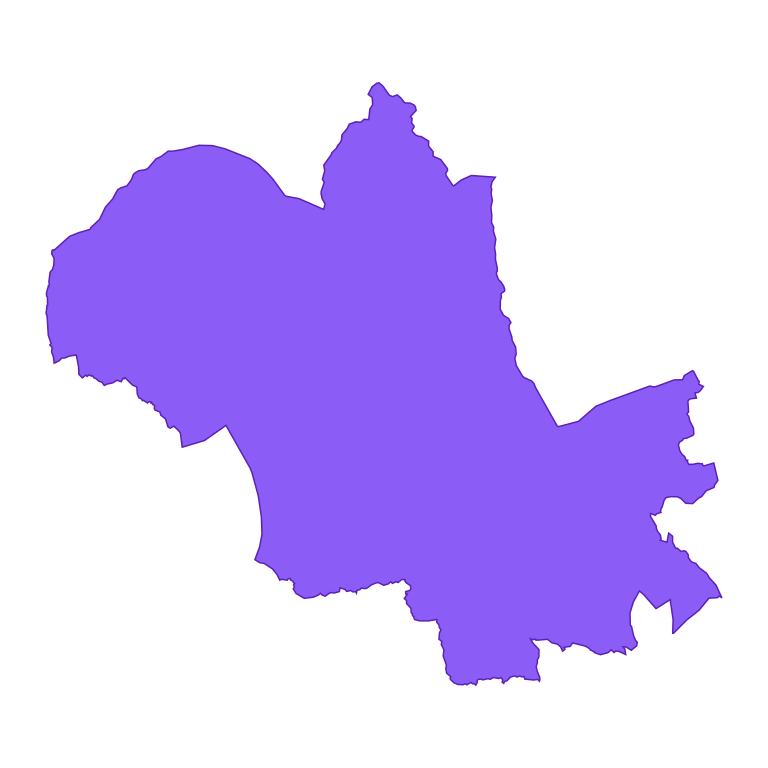 outline of Burera, Northern, Rwanda
{"feature_id": "39286606B41980105768775", "entity_name": "Burera", "entity_type": "district", "adm_level": 2, "iso_a3": "RWA", "parent_name": "Rwanda", "parent_adm1": "Northern", "projection": "albers", "projection_center": [29.857, -1.461], "detail": "fine", "context": "isolated", "style": "filled", "palette": "violet", "viewbox_px": 768, "rotation_deg": 0, "n_neighbors": 0, "source": "geoboundaries", "source_scale": "gbopen_adm2", "svg_char_len": 6074}
<svg xmlns="http://www.w3.org/2000/svg" viewBox="0 0 768 768"><path d="M615.8,651.0L618.9,651.4L625.7,654.5L624.8,649.0L623.1,646.8L626.2,647.0L631.3,650.3L636.7,645.8L637.3,642.3L635.7,640.5L633.6,635.8L631.5,626.3L630.3,625.1L630.0,613.0L633.4,601.8L639.4,591.0L643.7,594.6L656.0,608.6L670.2,599.6L673.1,619.7L672.7,633.3L673.4,633.4L686.5,620.2L699.1,610.2L709.0,598.1L717.3,597.7L719.6,596.0L721.9,598.0L716.0,585.1L709.4,577.9L706.6,573.3L699.2,567.7L696.0,563.5L691.3,561.8L688.4,557.6L688.2,554.8L686.0,551.5L684.3,550.8L681.1,551.4L677.4,548.3L675.5,548.0L672.6,542.2L672.6,536.2L668.7,533.1L667.0,542.2L660.3,540.3L661.1,539.0L660.4,535.0L657.5,531.3L656.2,527.7L656.3,526.2L650.4,516.1L650.7,513.5L655.3,515.3L656.5,513.9L661.0,512.4L660.5,511.6L661.1,508.6L662.1,507.2L664.2,500.1L666.2,497.5L671.3,496.6L677.4,496.8L680.8,498.4L685.8,503.3L692.7,503.6L698.4,498.2L701.7,496.5L706.1,490.8L714.0,487.4L714.7,484.8L717.9,480.4L713.8,463.0L703.9,465.9L702.9,465.4L702.3,463.8L697.5,463.3L693.3,464.3L688.6,464.3L687.2,461.2L687.7,460.3L686.1,460.1L684.6,456.5L682.2,454.5L679.8,450.7L678.4,444.8L679.6,442.1L682.5,440.3L683.3,438.7L686.8,438.1L692.9,435.3L693.9,433.9L693.4,428.1L689.8,420.8L688.7,416.3L687.1,414.4L687.2,413.3L688.6,412.0L687.9,401.6L688.5,400.0L690.5,398.8L696.5,398.1L694.9,392.9L698.1,392.5L700.3,390.7L703.4,386.5L698.8,384.2L699.2,381.2L698.6,381.1L693.7,371.5L692.5,370.6L684.4,375.5L682.5,379.8L674.2,379.9L656.0,386.6L653.4,386.9L649.9,386.0L610.7,400.3L595.9,406.3L578.4,421.4L558.2,426.7L557.1,425.8L535.7,387.9L534.1,383.8L531.7,381.0L524.2,377.6L522.4,376.0L516.3,365.5L514.8,358.4L516.2,354.0L515.6,347.0L512.2,340.6L511.8,336.9L509.1,329.0L509.1,325.3L510.9,322.6L508.6,318.6L503.4,315.2L500.2,309.1L500.4,300.5L501.4,297.2L501.0,293.7L504.5,291.1L504.8,289.7L503.7,286.2L501.2,282.2L498.4,279.5L496.5,274.3L496.5,272.1L497.3,271.2L497.2,267.7L495.4,259.2L495.6,254.3L494.6,247.7L495.8,239.1L493.4,231.2L493.7,227.1L491.5,222.5L491.8,215.1L490.9,207.3L492.4,200.5L491.1,193.8L491.7,189.1L490.9,187.2L492.0,181.8L495.3,177.2L471.3,175.5L461.1,180.1L454.4,185.4L453.5,185.8L452.5,185.0L445.9,175.2L445.9,172.8L447.5,170.7L447.4,168.5L440.8,159.6L433.1,156.2L433.1,151.6L428.6,146.2L428.6,141.1L421.2,136.5L419.0,136.4L415.4,134.9L412.3,131.3L412.1,130.2L414.0,127.2L414.0,125.9L411.6,123.1L412.1,118.5L410.4,116.6L416.2,110.4L415.3,106.6L413.7,104.8L410.2,103.1L404.7,102.9L400.8,97.9L397.3,94.9L392.5,96.6L389.2,95.1L383.0,86.2L379.1,82.9L376.7,83.3L372.1,86.8L368.2,94.4L372.1,97.4L372.6,102.2L372.6,104.8L369.9,109.0L368.7,119.6L364.0,119.3L361.0,122.3L356.0,121.8L349.3,124.1L347.3,128.4L342.0,134.8L341.3,140.7L340.2,142.7L337.9,145.2L336.4,148.3L331.9,152.7L330.9,155.2L323.8,165.0L324.7,170.9L322.4,179.3L324.3,182.2L321.2,191.2L321.1,193.7L322.1,198.6L325.1,204.1L323.6,209.4L298.9,198.6L286.3,196.3L284.7,195.4L273.2,179.5L266.8,172.3L258.0,164.0L249.8,158.6L225.0,148.8L212.3,145.6L199.0,145.3L182.6,149.5L172.7,151.2L168.2,151.1L161.3,156.4L156.0,158.9L147.7,168.6L144.5,169.9L138.9,170.7L135.3,172.7L133.4,174.4L131.4,179.8L127.0,185.8L120.3,188.1L117.6,189.8L112.6,199.0L105.4,207.2L99.6,219.4L91.0,227.4L89.9,229.4L78.7,232.7L69.5,236.4L53.9,250.4L53.1,249.7L52.0,250.6L51.7,253.8L54.1,258.3L53.8,264.8L52.5,269.4L50.1,272.2L48.9,281.5L49.3,285.2L48.1,286.1L48.6,287.2L47.7,288.1L46.4,293.4L46.6,296.0L47.4,297.0L47.6,305.0L47.0,305.4L46.1,313.4L47.1,316.2L48.3,335.4L51.1,343.4L49.8,345.0L52.1,347.4L51.6,352.0L53.5,357.2L54.2,363.2L59.3,360.7L61.8,358.0L64.7,358.0L69.3,356.1L76.3,355.0L78.6,367.1L78.9,374.4L82.4,377.9L85.9,375.1L87.1,376.4L88.7,374.9L91.6,376.1L92.4,375.6L94.0,377.9L96.0,378.7L98.8,381.2L101.9,382.2L104.3,385.5L106.7,384.2L112.9,382.8L117.0,380.3L121.2,381.7L123.0,378.3L124.0,378.8L125.0,377.7L132.5,385.1L135.9,386.5L136.9,387.7L137.2,393.7L138.9,397.7L141.5,399.1L142.4,400.6L143.4,400.4L147.6,403.0L148.6,401.8L151.0,401.9L151.0,403.1L152.2,403.2L152.5,404.3L154.7,405.7L154.2,408.3L154.9,410.0L159.9,412.0L160.8,415.2L165.5,418.9L168.0,426.9L170.1,428.2L173.9,426.2L178.3,430.3L180.4,433.0L182.2,447.2L204.5,440.5L226.0,425.4L249.9,467.7L252.0,472.7L258.3,495.8L261.4,517.1L262.0,534.2L259.6,546.9L254.9,559.7L259.8,562.7L264.1,563.4L272.5,568.9L277.0,574.5L279.8,580.2L281.4,579.3L287.3,580.2L288.1,578.8L290.1,578.4L290.5,580.0L293.1,581.3L293.3,582.4L294.7,583.3L293.6,584.7L294.3,587.2L293.2,588.9L296.1,593.5L304.3,598.3L313.4,597.2L318.6,594.9L320.3,593.3L322.2,595.1L325.1,596.2L330.3,592.6L334.2,593.0L339.3,591.6L340.0,587.9L345.0,589.4L346.7,591.4L350.8,590.5L352.9,591.9L355.8,591.7L356.4,593.1L357.1,590.2L359.7,589.8L361.3,588.0L365.3,588.7L367.5,587.8L370.8,585.2L375.7,583.0L378.3,582.6L383.8,585.3L388.5,583.8L390.7,581.8L392.5,583.4L395.9,581.7L398.2,582.5L401.6,579.6L404.9,579.5L404.8,580.8L406.2,582.8L410.4,585.6L410.9,588.3L410.1,590.3L405.6,591.6L405.8,594.0L407.3,594.1L404.3,598.6L406.5,600.5L406.6,603.6L410.9,608.3L411.3,612.9L412.3,613.5L412.5,615.6L413.6,616.6L414.5,619.5L419.3,620.8L428.3,620.9L436.9,619.5L436.7,622.3L438.8,624.7L439.4,627.6L440.9,629.8L439.5,632.8L438.9,639.1L441.8,641.5L441.3,644.5L443.9,649.8L443.2,655.9L446.4,665.2L445.8,668.6L446.6,673.2L450.8,676.7L450.1,678.3L450.5,679.6L454.3,683.0L458.1,684.5L463.0,684.7L465.3,683.7L466.8,684.8L471.0,682.5L472.4,683.7L474.4,683.8L475.8,685.1L477.1,682.8L477.3,680.1L478.4,679.4L481.1,679.1L482.9,679.9L487.9,678.7L490.3,679.3L493.3,677.5L498.8,678.5L501.0,677.5L502.8,680.1L502.1,682.2L503.7,683.4L504.5,681.6L507.2,680.6L510.3,677.2L514.9,675.8L516.9,677.1L519.8,675.9L521.7,676.9L524.0,676.5L524.8,679.1L533.7,680.0L537.8,679.4L539.3,681.2L539.9,679.6L539.6,677.0L537.1,670.9L536.2,666.5L537.5,662.4L537.2,660.3L538.9,657.0L539.0,649.6L532.6,642.7L530.6,638.9L532.2,639.7L535.6,639.2L535.9,640.1L538.3,640.1L547.5,639.3L551.9,642.8L557.6,644.2L560.8,647.1L562.6,651.2L565.0,649.3L564.0,647.3L570.1,646.4L572.6,643.0L585.1,646.0L588.8,648.1L590.5,650.1L594.3,651.7L594.4,652.6L600.3,654.7L608.0,652.7L611.2,649.8L614.0,652.5L615.8,651.0Z" fill="#8b5cf6" stroke="#5b21b6" stroke-width="1.5"/></svg>